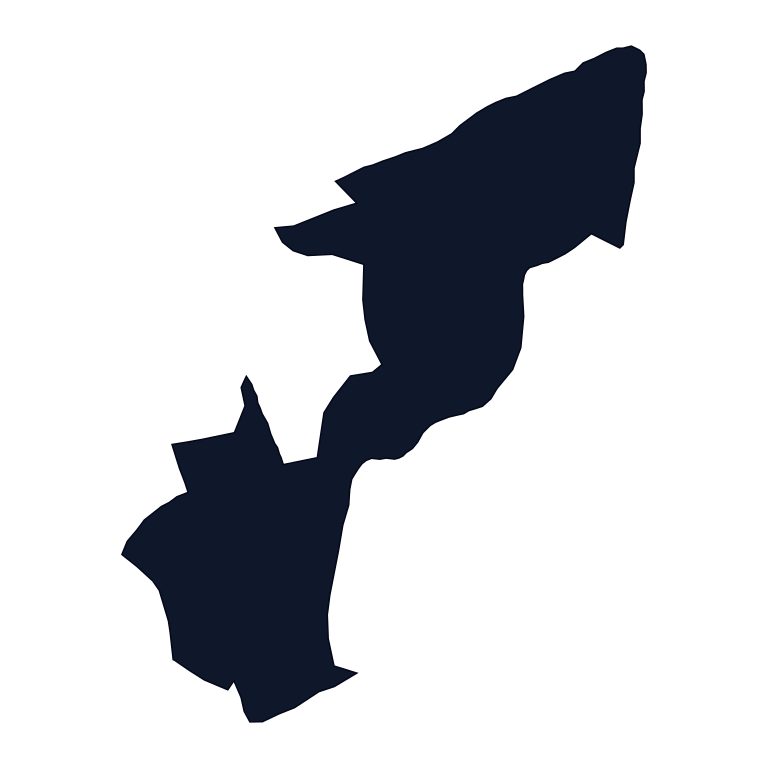 Arochukwu, Abia, Nigeria, rotated 270°
{"feature_id": "59680162B7938799528038", "entity_name": "Arochukwu", "entity_type": "district", "adm_level": 2, "iso_a3": "NGA", "parent_name": "Nigeria", "parent_adm1": "Abia", "projection": "orthographic", "projection_center": [7.82, 5.498], "detail": "fine", "context": "isolated", "style": "filled", "palette": "ink", "viewbox_px": 768, "rotation_deg": 270, "n_neighbors": 0, "source": "geoboundaries", "source_scale": "gbopen_adm2", "svg_char_len": 2354}
<svg xmlns="http://www.w3.org/2000/svg" viewBox="0 0 768 768"><g transform="rotate(270 384 384)"><path d="M527.7,623.7L539.5,625.1L546.0,625.9L564.0,629.4L564.3,629.5L566.7,629.9L567.1,630.0L585.4,634.0L599.9,634.0L624.7,640.1L639.2,640.1L653.7,642.1L668.2,642.0L676.5,644.1L686.8,644.0L695.1,646.1L703.4,646.0L713.7,643.9L717.8,639.7L719.9,635.5L721.9,631.3L721.1,628.1L719.8,622.9L719.8,619.8L719.8,616.7L715.6,606.2L709.3,593.7L705.1,583.2L696.8,574.9L694.7,564.5L688.4,549.8L680.1,533.1L671.7,516.4L669.6,506.0L665.4,495.6L661.2,487.2L655.0,476.8L651.0,471.5L648.7,468.4L642.5,460.1L635.9,453.5L634.2,451.8L625.8,437.2L619.5,422.5L615.3,405.8L611.1,395.4L606.9,382.8L602.8,372.4L600.7,364.0L590.2,343.2L587.7,337.8L586.7,335.5L564.8,356.8L558.0,333.9L541.9,293.7L540.2,274.9L525.8,282.5L517.3,293.2L512.5,307.8L513.7,332.2L503.6,363.9L468.1,362.9L448.4,365.1L427.0,369.7L403.5,382.0L395.6,372.5L392.0,350.4L370.5,333.5L355.3,324.0L310.3,317.3L303.4,283.3L310.6,281.0L313.9,279.4L320.4,277.5L324.5,274.7L334.4,270.6L344.7,267.6L354.3,262.1L359.8,260.2L365.2,257.7L371.8,256.9L377.8,253.6L383.5,251.8L391.7,246.3L385.9,243.6L380.5,241.2L362.2,245.1L335.3,234.4L330.4,210.7L328.6,202.2L326.0,187.5L323.5,172.0L299.3,179.6L285.2,185.0L275.6,188.1L271.3,177.0L265.6,169.4L261.5,161.4L248.0,144.3L242.7,140.4L237.7,136.6L226.6,127.2L213.5,121.9L201.2,137.3L187.0,152.8L177.6,159.3L147.2,168.4L136.1,170.1L108.3,173.2L108.0,174.2L97.3,189.8L88.1,204.3L78.2,227.8L87.3,233.9L70.5,241.1L56.6,244.2L46.1,249.9L46.3,262.5L54.0,278.6L60.4,294.6L76.3,318.8L81.5,334.4L94.9,356.8L102.0,334.0L129.3,328.2L153.2,327.3L172.8,329.8L217.4,338.5L242.9,342.8L262.8,348.7L263.9,348.8L267.9,349.0L278.3,349.7L283.6,350.7L288.8,351.7L294.0,354.8L300.3,358.9L304.4,362.1L307.6,366.2L309.7,371.5L308.8,379.9L309.9,386.2L308.9,394.6L310.0,398.8L312.1,403.0L315.3,406.1L319.5,412.4L325.8,417.6L335.2,422.8L338.3,425.9L342.5,430.1L345.7,435.3L347.8,440.5L351.0,448.9L353.2,458.3L354.3,463.6L357.4,468.8L359.6,476.1L361.7,482.4L369.0,490.6L369.1,490.8L379.5,497.0L398.4,512.6L420.3,520.8L451.5,523.7L473.3,522.5L478.5,522.5L483.7,522.4L487.9,523.4L493.1,524.4L497.3,526.5L500.4,529.6L502.6,537.0L504.7,542.2L505.8,548.5L511.1,559.0L514.3,565.2L519.3,572.7L520.6,574.6L534.3,591.3L520.0,619.8L523.4,623.2L527.7,623.7Z" fill="#0f172a" stroke="#020617" stroke-width="1.5"/></g></svg>